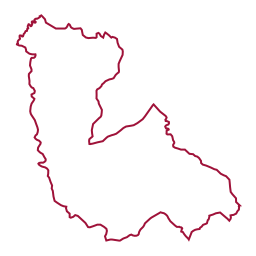 outline of Tupambaé, Cerro Largo, Uruguay
{"feature_id": "84410073B70761357527", "entity_name": "Tupambaé", "entity_type": "district", "adm_level": 2, "iso_a3": "URY", "parent_name": "Uruguay", "parent_adm1": "Cerro Largo", "projection": "mercator", "projection_center": [-54.805, -32.631], "detail": "fine", "context": "isolated", "style": "outline", "palette": "rose", "viewbox_px": 256, "rotation_deg": 0, "n_neighbors": 0, "source": "geoboundaries", "source_scale": "gbopen_adm2", "svg_char_len": 5546}
<svg xmlns="http://www.w3.org/2000/svg" viewBox="0 0 256 256"><path d="M106.3,240.5L110.0,239.6L110.9,239.5L111.2,239.5L111.7,239.5L113.2,239.7L119.1,240.6L119.5,240.6L119.8,240.6L120.2,240.5L120.5,240.3L122.8,238.8L123.6,238.4L124.4,238.1L126.6,237.3L127.1,237.1L127.6,236.7L128.5,236.0L129.1,235.6L129.4,235.3L129.6,235.2L130.1,235.0L131.3,234.6L132.8,235.4L134.7,235.8L136.4,235.7L137.9,235.1L138.7,234.1L138.9,233.0L139.2,231.8L139.4,231.5L139.5,231.3L140.0,230.3L140.4,229.7L140.6,229.4L141.0,229.0L143.0,227.0L143.4,226.5L143.7,226.0L144.4,224.7L144.8,223.6L145.2,223.1L150.0,218.7L150.6,218.2L151.6,217.5L159.4,213.0L160.5,212.3L162.1,212.8L163.9,213.2L165.5,214.2L167.1,215.7L168.0,217.3L168.5,218.5L168.8,218.8L170.1,220.9L170.3,221.2L174.9,225.4L176.7,226.8L176.8,226.8L177.1,226.9L178.1,226.9L179.4,226.8L179.5,226.9L180.2,227.3L180.3,227.3L180.6,227.3L181.1,227.3L181.3,227.4L182.0,228.0L182.2,228.3L182.2,228.5L181.9,228.8L181.9,229.0L181.2,231.4L181.2,231.6L181.4,231.7L182.8,232.0L184.3,234.3L185.9,236.3L186.1,236.5L187.4,237.8L188.5,239.0L188.8,239.5L191.3,233.1L191.6,232.1L193.3,230.8L195.2,229.8L197.2,229.3L199.6,229.0L200.0,227.8L201.6,226.7L203.1,224.8L205.7,223.9L206.9,223.3L207.8,220.1L208.6,219.5L209.0,218.1L209.4,216.6L209.3,215.7L213.1,214.5L215.8,213.3L220.1,212.5L224.3,216.1L226.4,217.9L227.2,218.5L229.3,220.7L230.6,218.8L230.9,217.4L230.5,215.4L231.8,215.1L233.6,214.9L234.9,214.2L236.2,213.6L236.7,212.6L237.5,211.1L238.9,209.6L238.9,208.7L239.1,207.8L239.1,207.1L238.8,206.5L239.0,205.6L239.8,205.5L236.1,202.0L236.0,198.3L232.3,194.1L230.7,191.9L230.1,187.2L229.7,182.5L229.4,179.7L226.1,176.2L223.6,175.2L220.7,173.7L216.7,169.8L214.3,169.2L210.8,167.5L206.2,165.6L202.8,164.6L201.1,163.0L201.0,160.9L199.1,158.1L197.3,156.6L195.1,156.0L193.1,154.2L189.4,153.8L184.9,149.6L181.0,149.6L177.8,148.5L175.0,147.7L173.3,146.6L173.1,145.0L173.5,144.2L174.3,142.9L174.1,141.8L173.1,140.2L172.6,137.9L172.2,136.2L170.6,134.3L168.8,134.4L167.3,134.4L166.5,133.7L166.6,132.7L166.6,131.3L166.7,130.5L168.0,130.0L168.7,129.6L168.4,128.8L167.2,128.5L166.0,128.3L165.2,126.6L165.8,125.6L167.1,124.9L168.4,124.5L169.0,123.3L168.9,122.0L166.9,121.1L165.7,121.0L165.4,119.7L166.1,118.9L166.6,117.4L165.7,116.0L160.2,111.7L155.2,106.2L153.6,104.4L152.9,105.1L145.0,116.3L142.7,119.2L137.4,123.1L133.7,125.2L131.2,125.7L126.1,126.5L123.4,128.0L120.6,130.4L116.3,133.7L113.9,134.6L111.7,135.2L107.9,136.6L106.6,137.6L102.8,141.2L97.6,142.3L92.8,143.6L90.1,144.1L89.4,144.0L89.1,141.0L89.3,139.3L90.8,137.9L92.0,137.0L92.6,136.3L92.1,133.4L91.8,130.2L92.1,128.7L93.1,124.0L99.1,118.1L100.5,117.0L101.3,115.6L101.7,112.6L101.9,109.9L98.8,103.6L98.5,101.4L96.5,98.5L96.6,95.1L96.5,90.7L97.2,89.4L99.5,88.1L101.4,86.1L102.0,84.5L103.8,83.0L105.5,81.2L109.4,79.4L111.8,78.9L113.6,78.2L115.7,74.9L117.5,73.2L118.7,72.4L119.0,71.0L118.6,66.9L118.6,63.9L119.8,60.9L122.6,54.9L122.8,51.5L122.4,49.6L119.1,46.8L117.6,42.8L117.0,39.0L114.9,37.6L112.4,36.9L111.3,37.6L109.0,35.3L106.6,33.4L105.3,32.5L104.1,34.6L103.2,37.6L100.8,36.0L99.5,33.7L98.4,32.9L96.6,33.7L96.6,37.2L95.8,37.9L93.0,37.7L88.4,38.1L85.9,37.5L82.8,35.0L82.2,32.1L81.8,29.9L80.5,28.3L76.9,28.6L74.0,28.9L72.3,28.2L71.0,27.3L69.7,24.7L68.7,24.0L68.0,24.7L67.1,26.6L66.2,27.8L65.0,28.5L55.8,28.5L45.9,22.6L45.0,19.3L42.6,16.7L41.3,15.4L39.8,16.2L40.0,16.6L40.0,16.9L39.8,17.1L38.2,18.2L37.2,18.7L36.8,18.8L36.3,18.6L36.0,18.7L35.6,18.8L35.1,19.1L34.9,19.3L34.7,19.5L34.5,19.8L34.4,20.0L34.4,20.4L34.5,20.7L34.6,20.9L35.0,21.2L35.3,21.6L35.7,21.9L35.7,22.1L35.6,22.3L35.4,22.6L35.1,22.7L34.8,22.7L34.3,22.4L32.9,21.4L32.7,21.3L32.4,21.3L32.2,21.4L31.9,21.6L31.8,21.8L31.8,22.1L31.8,22.4L32.4,23.4L32.4,23.7L32.3,24.0L32.1,24.3L31.8,24.4L31.8,24.6L31.8,25.4L31.6,25.7L31.2,26.1L30.9,26.2L30.7,26.2L30.4,26.0L30.3,25.8L30.0,25.3L29.6,24.8L29.2,24.7L29.0,24.3L28.7,24.2L28.5,24.3L28.4,24.5L28.3,25.1L27.9,25.6L27.7,26.7L27.9,27.5L28.2,27.9L28.3,28.2L27.9,28.7L27.3,28.8L27.2,29.2L27.0,30.8L26.8,31.0L26.2,30.9L25.7,31.1L25.5,31.3L24.7,33.0L23.7,34.0L23.6,34.4L23.5,34.9L23.3,35.4L23.1,36.1L23.0,36.3L22.6,36.5L22.4,36.5L22.1,36.4L21.8,36.3L21.4,35.6L20.1,35.4L19.8,35.5L19.6,35.8L19.6,36.8L19.7,37.8L20.0,38.4L19.9,39.0L19.7,39.3L19.0,39.7L18.1,40.7L17.7,41.7L17.6,42.4L18.0,43.3L18.0,43.5L17.9,43.8L17.7,43.9L17.3,43.9L16.6,44.1L16.2,44.1L19.2,45.5L21.7,45.7L25.3,47.5L26.0,49.5L26.2,51.4L29.4,53.7L32.0,54.3L34.2,54.4L35.4,54.3L35.6,55.1L35.3,56.1L35.1,56.8L34.1,57.7L32.9,57.9L31.7,57.9L31.0,58.6L30.3,62.2L30.0,65.5L31.5,69.3L31.5,71.2L30.2,72.5L28.9,74.0L28.8,76.1L29.5,80.9L29.4,84.1L30.9,86.6L32.1,87.7L33.3,88.1L34.8,90.9L34.7,91.8L34.3,93.1L32.8,93.8L31.5,94.5L31.7,96.5L33.0,97.6L34.4,98.8L34.1,99.8L33.2,101.3L31.6,103.6L30.7,106.6L30.2,111.2L30.7,113.6L31.5,115.1L34.8,120.1L36.1,123.8L37.4,127.3L38.0,129.8L37.7,132.1L36.9,134.4L35.6,135.4L34.6,137.4L35.5,138.7L36.9,139.8L39.1,140.7L40.7,142.4L40.5,143.8L39.4,145.5L38.1,147.6L37.8,150.1L38.7,151.2L40.4,152.7L42.7,154.0L44.3,157.0L45.7,159.2L45.6,160.7L44.5,161.9L43.0,162.7L41.2,162.6L39.2,162.9L38.4,163.7L38.9,164.6L40.7,165.9L42.1,166.6L45.2,167.4L47.1,168.6L48.3,170.3L48.2,173.8L47.8,176.0L49.1,177.6L50.7,182.3L52.1,185.5L51.7,188.5L52.8,190.9L53.5,196.5L54.6,200.9L57.0,202.6L61.0,205.2L63.5,206.2L66.3,206.7L66.0,208.2L66.9,211.3L69.6,213.6L69.7,217.2L70.8,217.7L73.3,216.8L75.2,215.1L77.8,215.9L80.2,218.1L85.4,222.9L88.1,227.1L89.9,227.3L93.2,226.2L97.2,224.7L100.5,224.7L104.1,226.9L106.4,228.8L106.9,230.9L106.2,234.1L105.0,236.3L106.3,240.5Z" fill="none" stroke="#9f1239" stroke-width="2"/></svg>